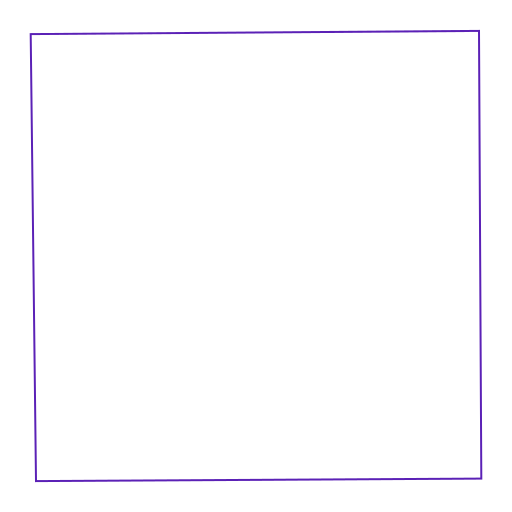 Crosby, Texas, United States of America
{"feature_id": "52423323B48575431157789", "entity_name": "Crosby", "entity_type": "district", "adm_level": 2, "iso_a3": "USA", "parent_name": "United States of America", "parent_adm1": "Texas", "projection": "robinson", "projection_center": [-101.248, 33.614], "detail": "fine", "context": "isolated", "style": "outline", "palette": "violet", "viewbox_px": 512, "rotation_deg": 0, "n_neighbors": 0, "source": "geoboundaries", "source_scale": "gbopen_adm2", "svg_char_len": 182}
<svg xmlns="http://www.w3.org/2000/svg" viewBox="0 0 512 512"><path d="M479.0,30.9L30.7,34.1L36.0,481.1L481.3,478.6L479.0,30.9Z" fill="none" stroke="#5b21b6" stroke-width="2"/></svg>